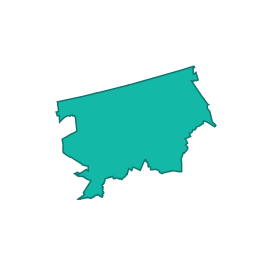 Pijijiapan, Chiapas, Mexico (Natural Earth projection), rotated 121°
{"feature_id": "50627088B85792572299721", "entity_name": "Pijijiapan", "entity_type": "district", "adm_level": 2, "iso_a3": "MEX", "parent_name": "Mexico", "parent_adm1": "Chiapas", "projection": "natural_earth1", "projection_center": [-93.116, 15.653], "detail": "fine", "context": "isolated", "style": "filled", "palette": "teal", "viewbox_px": 256, "rotation_deg": 121, "n_neighbors": 0, "source": "geoboundaries", "source_scale": "gbopen_adm2", "svg_char_len": 5582}
<svg xmlns="http://www.w3.org/2000/svg" viewBox="0 0 256 256"><g transform="rotate(121 128 128)"><path d="M41.1,103.4L48.7,110.1L54.7,115.6L61.2,121.7L64.7,125.0L69.7,129.6L72.2,132.1L73.7,133.4L80.4,139.7L88.1,146.9L89.2,147.9L91.0,150.0L91.4,150.1L92.1,150.8L92.4,151.1L95.5,154.1L96.2,154.9L97.1,155.8L104.2,162.8L108.7,167.3L109.4,168.0L112.6,171.2L114.4,173.4L115.3,174.1L116.5,175.3L124.5,183.3L132.8,192.2L142.0,202.0L142.5,201.4L144.0,200.3L144.5,200.1L144.8,200.0L145.0,199.7L146.0,198.6L148.3,197.0L149.0,196.6L149.7,195.8L151.3,197.8L154.0,194.9L152.7,193.4L157.1,190.4L158.2,189.6L156.2,189.2L153.9,188.6L151.3,187.8L148.6,186.0L147.9,185.1L147.6,184.4L147.9,184.0L147.4,183.7L146.9,183.4L146.5,183.3L145.7,182.6L145.8,182.5L145.9,182.3L146.1,181.8L145.9,181.6L145.7,181.0L145.6,180.8L145.2,180.7L145.0,180.2L145.5,179.8L145.6,179.4L145.7,178.7L153.4,172.9L157.1,170.2L159.6,171.6L161.5,172.9L162.1,173.4L163.5,174.2L166.4,175.7L171.5,178.6L173.8,176.8L175.9,174.8L176.2,174.6L178.8,173.4L180.9,172.0L182.1,171.3L182.3,169.6L182.6,169.7L182.8,166.4L182.8,162.9L182.4,162.8L182.4,160.8L182.4,160.1L182.4,159.2L182.5,158.3L182.5,156.4L182.6,155.3L182.5,154.4L182.6,152.5L182.6,150.8L183.0,147.5L181.3,142.4L181.7,142.2L185.1,140.0L185.2,140.7L185.1,142.6L187.4,143.5L190.4,145.0L191.5,145.7L194.1,146.7L191.9,146.8L192.1,147.9L192.0,148.5L194.7,150.3L194.9,146.7L194.6,146.7L194.9,145.8L192.6,141.3L192.8,141.1L193.0,136.4L192.3,133.7L192.4,132.5L206.5,132.9L207.6,130.9L214.9,134.3L214.9,134.1L214.5,133.8L214.3,133.3L213.9,133.1L213.8,132.9L213.6,132.3L213.4,132.0L213.1,131.8L212.5,131.7L212.3,131.6L211.9,130.6L211.6,130.3L211.1,129.8L210.2,129.2L210.2,128.8L210.1,128.5L209.8,128.3L209.7,128.1L209.3,127.7L209.1,127.5L208.8,127.5L208.4,127.4L208.3,127.1L208.4,126.7L208.3,126.0L207.8,125.5L207.7,125.4L207.7,124.9L207.6,124.7L207.6,124.0L207.5,123.7L207.3,123.5L207.2,123.4L206.9,123.4L206.8,123.2L206.4,123.2L206.2,123.0L206.0,122.9L205.8,122.9L205.5,122.6L205.5,122.4L205.2,122.3L205.1,122.2L205.0,121.9L204.8,121.9L204.6,121.8L204.0,121.7L203.7,121.7L203.4,121.6L203.0,121.6L202.8,121.4L202.5,120.8L202.3,120.7L202.0,120.7L201.5,120.2L201.3,120.1L201.0,120.1L200.9,120.0L200.8,119.8L200.9,119.2L200.9,118.9L200.7,118.7L200.7,118.4L200.5,118.1L200.5,117.9L200.9,117.0L200.9,116.7L200.6,116.2L200.5,115.6L200.8,115.4L200.8,115.0L200.7,114.8L200.4,114.7L200.1,114.4L199.4,114.6L198.6,114.9L198.4,115.2L198.3,115.9L198.1,116.0L197.7,116.1L197.4,116.0L197.0,115.5L196.9,115.4L196.5,115.3L196.1,115.4L195.5,115.8L195.4,116.1L195.3,116.5L195.5,116.6L195.5,116.8L195.3,117.2L195.0,117.5L194.3,117.8L193.9,117.8L193.5,118.0L193.3,118.1L193.3,118.3L193.2,118.4L192.8,119.0L192.7,119.1L192.3,118.7L192.2,118.6L191.9,118.6L191.5,119.0L191.3,119.3L191.1,119.8L190.7,120.1L190.5,120.5L190.2,120.7L189.7,121.0L188.9,120.3L188.6,120.2L188.4,120.3L188.0,120.3L187.8,120.2L187.6,120.1L187.3,120.4L187.2,120.6L186.8,120.6L186.6,120.5L186.2,120.4L185.0,120.7L183.4,121.6L179.5,118.0L179.3,117.6L179.1,117.8L179.1,118.0L177.4,116.0L177.8,115.9L178.6,114.8L178.9,114.4L178.9,114.1L178.6,114.0L178.1,113.6L178.0,113.0L177.9,112.8L177.1,112.7L176.8,112.6L176.6,112.4L176.3,111.2L176.3,110.5L176.2,109.6L176.2,109.1L176.0,108.8L175.6,108.7L175.2,108.6L175.1,108.3L175.6,107.2L175.2,106.8L174.5,106.5L173.9,106.7L173.6,106.7L173.1,106.3L171.5,105.6L170.0,105.3L169.0,105.5L168.0,105.5L168.1,104.9L162.4,106.5L162.6,102.9L160.9,103.2L159.3,103.6L158.8,103.6L158.0,95.7L147.6,97.2L147.6,96.9L147.4,96.5L147.4,96.4L146.7,96.6L146.3,96.9L146.1,97.0L146.0,96.9L145.9,96.8L145.9,96.7L146.4,96.2L146.6,95.8L146.8,95.6L146.8,95.4L147.2,94.9L147.6,94.5L147.7,94.3L147.5,93.4L147.6,93.1L148.4,92.4L148.7,92.0L148.7,91.8L148.7,91.7L149.5,91.8L149.9,91.6L150.0,91.4L150.3,91.3L150.5,90.9L150.7,90.6L150.8,90.4L150.7,90.3L150.4,90.1L150.0,89.7L149.9,89.2L150.0,88.8L150.1,88.6L150.7,88.1L152.1,87.2L151.8,86.4L149.1,82.9L148.7,80.9L148.9,79.5L149.1,78.7L149.9,77.8L149.9,77.4L149.5,76.2L149.6,75.6L149.6,75.4L149.4,75.0L149.0,74.8L148.7,74.7L148.3,74.7L147.8,74.4L147.4,73.7L147.0,73.3L146.7,72.9L146.5,72.7L145.9,72.1L145.7,72.0L144.7,71.1L144.5,70.9L144.4,70.5L143.1,69.1L142.5,68.9L142.3,68.5L142.0,68.2L141.8,67.8L141.7,67.6L141.1,66.6L140.2,64.7L140.2,64.3L140.0,64.1L139.8,63.5L139.8,63.0L139.5,62.5L139.2,62.1L139.2,61.8L139.1,61.6L138.5,60.6L137.7,59.6L130.3,64.1L130.2,64.2L127.3,66.4L126.3,66.8L124.0,67.0L120.7,68.0L120.6,67.5L120.7,66.9L115.8,66.0L114.0,66.6L113.9,67.5L113.3,67.8L113.4,68.8L112.5,70.1L110.3,69.1L109.5,70.3L109.4,70.5L109.2,70.8L107.7,73.5L103.0,70.0L101.0,72.6L100.8,72.5L100.7,72.3L100.2,72.1L100.0,71.9L99.6,71.4L99.4,71.2L99.2,71.1L98.6,71.0L97.2,71.1L96.9,71.2L96.4,71.4L96.0,71.3L95.6,71.0L95.5,70.7L95.5,70.3L95.3,69.9L95.1,69.8L94.7,69.6L94.3,69.6L94.0,69.7L93.0,69.5L92.6,69.7L92.3,69.8L91.5,69.7L91.3,69.5L90.6,68.7L89.4,67.9L89.1,67.9L88.8,67.5L87.4,66.8L86.9,66.9L86.7,66.8L86.3,66.4L85.7,66.3L85.5,66.1L85.4,65.9L85.2,65.8L85.0,66.1L84.8,66.4L84.5,66.4L84.2,66.6L83.2,66.9L82.2,63.9L82.1,63.6L82.3,54.3L80.5,54.0L80.1,55.2L79.4,58.7L79.2,59.0L78.2,60.0L76.9,61.4L76.0,62.1L75.5,62.7L73.0,65.1L71.7,66.6L70.6,69.5L70.0,70.3L69.2,71.1L67.4,71.5L67.0,71.5L66.9,71.5L66.5,71.1L66.4,72.4L64.8,76.2L64.0,77.6L63.3,79.8L61.2,84.4L58.3,90.8L55.0,97.7L54.8,97.1L54.5,96.0L54.3,95.9L54.2,95.9L53.6,96.1L53.4,96.2L53.0,95.7L52.9,95.4L52.8,94.7L52.4,94.4L52.2,94.0L52.1,93.8L52.0,93.6L51.9,93.5L51.5,93.3L51.1,93.1L50.9,92.7L50.7,92.6L45.4,98.4L47.6,99.1L48.0,99.5L48.1,99.8L43.3,103.0L41.8,102.2L41.1,103.4Z" fill="#14b8a6" stroke="#0f766e" stroke-width="1.5"/></g></svg>